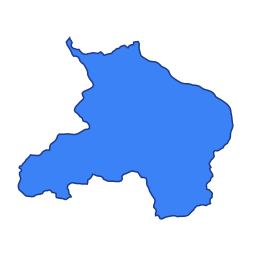 Galiléia, Minas Gerais, Brazil (Albers equal-area conic projection), rotated 186°
{"feature_id": "56859067B11890603892826", "entity_name": "Galiléia", "entity_type": "district", "adm_level": 2, "iso_a3": "BRA", "parent_name": "Brazil", "parent_adm1": "Minas Gerais", "projection": "albers", "projection_center": [-41.52, -18.889], "detail": "fine", "context": "isolated", "style": "filled", "palette": "blue", "viewbox_px": 256, "rotation_deg": 186, "n_neighbors": 0, "source": "geoboundaries", "source_scale": "gbopen_adm2", "svg_char_len": 4330}
<svg xmlns="http://www.w3.org/2000/svg" viewBox="0 0 256 256"><g transform="rotate(186 128 128)"><path d="M212.4,51.9L210.6,52.5L208.5,53.0L206.4,53.8L205.3,56.0L203.6,57.1L201.7,57.2L200.3,58.1L198.2,57.6L196.8,56.0L194.2,55.9L192.6,55.1L192.5,53.0L191.9,51.4L190.0,51.1L187.1,51.0L184.8,50.8L182.6,50.3L180.8,51.5L179.3,53.0L177.3,53.6L178.2,55.1L179.6,56.0L180.2,58.1L180.8,60.3L182.2,62.1L181.8,64.7L180.3,66.2L178.6,67.5L176.8,67.8L174.9,67.5L172.7,67.4L170.0,67.7L167.5,67.5L164.7,67.9L162.7,67.9L162.4,69.7L162.6,72.0L160.2,73.9L159.0,76.1L158.4,78.2L156.2,78.0L154.3,77.3L151.8,77.1L149.5,77.0L148.1,76.1L146.7,74.4L144.9,73.9L143.0,73.2L140.1,73.2L137.4,73.5L135.2,73.5L133.0,73.6L131.0,73.9L129.1,74.9L128.4,76.7L129.0,79.4L127.6,81.3L125.7,82.2L124.0,83.1L121.9,84.4L119.6,85.7L116.8,85.4L114.0,85.1L112.4,83.9L111.0,81.8L109.4,80.2L107.1,80.4L104.8,80.0L104.0,78.0L103.6,75.0L102.9,72.7L101.7,71.3L100.7,69.4L99.9,67.5L98.6,65.7L97.6,64.2L96.4,62.9L95.3,61.4L94.0,60.1L93.5,58.4L93.6,56.3L94.2,54.2L94.1,51.8L91.8,50.0L91.2,47.9L91.7,46.2L91.4,43.7L89.8,44.3L87.9,43.5L86.9,41.5L85.2,41.0L83.5,41.9L81.7,43.1L80.1,43.7L78.0,44.4L75.4,45.2L73.8,45.5L71.9,45.6L69.3,45.0L67.2,45.6L65.6,45.7L63.2,46.1L61.0,46.6L59.0,47.7L57.8,49.0L56.6,50.6L55.5,52.0L54.3,53.2L53.3,55.4L51.3,57.7L49.2,58.2L47.5,59.1L44.6,59.4L42.3,59.0L40.3,60.5L38.0,61.5L38.9,63.9L38.7,66.3L37.2,67.7L37.3,69.9L37.4,72.0L38.9,73.4L40.8,75.0L43.2,75.3L43.9,78.3L44.1,80.5L42.5,82.5L40.6,84.4L40.3,86.8L38.6,88.8L39.1,90.7L40.1,92.2L41.6,94.0L42.6,96.0L41.4,97.5L42.5,99.2L43.6,100.7L43.1,102.4L41.9,104.9L40.4,106.7L39.3,108.7L40.0,111.0L40.4,113.0L39.1,114.7L36.7,114.6L34.7,115.8L32.9,117.3L31.2,118.4L30.6,120.5L29.3,121.8L27.6,123.1L26.8,125.4L25.5,128.1L25.3,129.9L25.4,132.4L25.4,134.8L24.8,136.7L24.2,138.8L23.9,141.1L24.7,144.1L25.2,146.2L25.6,147.9L25.9,149.6L26.6,152.0L27.3,154.3L27.6,155.9L28.4,158.1L29.9,160.1L31.7,161.8L33.1,162.7L35.8,164.3L38.2,165.6L40.2,166.5L42.3,167.3L44.3,168.5L45.4,170.3L47.4,172.1L49.9,173.2L52.4,173.8L54.5,174.1L56.8,174.6L59.1,175.7L61.2,176.9L63.5,177.4L66.0,177.6L67.8,177.4L69.8,177.9L71.4,178.2L73.7,178.2L75.9,178.0L77.8,178.1L80.1,178.5L82.5,179.6L84.5,180.5L86.6,181.7L88.8,182.9L90.6,184.2L91.7,185.6L92.7,187.2L93.6,188.9L94.9,190.0L96.8,191.2L98.7,191.9L101.2,192.8L103.4,194.7L105.2,195.8L107.4,196.6L111.1,196.6L113.9,196.8L115.6,197.6L117.4,198.4L119.0,199.2L120.4,199.9L122.7,201.3L123.7,203.8L124.8,206.8L125.4,208.6L125.5,210.6L125.7,213.1L126.9,215.0L129.4,214.5L131.4,213.9L131.2,211.4L133.4,211.1L135.4,209.9L136.4,207.7L138.4,208.9L140.2,209.9L142.0,209.1L143.9,208.2L145.1,206.3L147.6,205.7L149.2,203.8L151.0,202.4L152.2,200.4L154.4,199.9L156.7,199.0L159.4,197.8L160.9,199.4L163.1,200.9L165.4,199.0L168.1,199.1L171.3,199.1L173.2,198.2L175.3,197.8L177.2,196.9L179.8,196.9L181.6,197.8L183.3,199.1L185.0,201.0L186.9,200.7L188.9,201.2L190.8,201.5L192.9,203.1L193.1,205.3L192.5,207.0L193.6,208.8L194.8,210.0L195.4,211.6L196.9,209.4L198.4,207.0L197.1,204.2L195.4,202.1L194.0,200.2L193.0,198.8L192.0,197.3L191.3,195.6L189.7,193.8L187.6,194.0L185.9,193.8L184.2,192.6L183.2,190.5L182.0,188.9L180.4,187.7L178.5,186.7L177.5,185.3L176.5,183.9L174.9,181.6L174.0,179.4L173.5,176.6L171.8,173.7L170.2,171.8L168.1,169.7L166.8,167.1L167.6,165.0L169.6,163.3L172.0,161.8L174.3,160.5L176.0,159.5L177.2,157.7L176.3,155.3L175.2,153.6L175.7,151.8L177.6,149.8L179.0,148.1L180.2,146.3L181.6,144.6L182.7,142.5L183.1,139.9L181.9,138.3L180.0,137.3L178.4,136.0L177.1,134.4L175.0,133.5L174.1,132.0L173.3,130.3L171.4,129.9L169.4,129.4L168.0,128.2L166.7,126.4L166.3,123.8L168.2,122.4L170.1,122.2L171.9,121.1L174.1,119.4L176.0,118.0L177.4,117.1L179.0,116.3L180.7,115.9L182.7,115.8L185.2,115.9L188.0,115.8L191.1,115.1L193.9,114.9L195.9,114.6L197.2,112.9L197.7,110.6L198.5,108.6L199.4,107.3L201.1,105.7L203.0,103.9L203.7,102.3L203.7,100.2L203.8,97.7L207.0,97.6L209.0,96.4L210.4,95.2L211.5,93.4L213.2,91.5L215.7,91.1L218.0,91.1L220.2,90.9L222.0,91.1L223.5,88.8L224.5,87.4L225.9,86.0L227.0,83.6L228.8,81.4L229.8,79.3L231.6,78.7L232.1,77.0L230.0,75.9L229.4,74.3L231.2,72.3L230.9,69.8L229.8,67.8L229.4,66.0L229.9,64.1L230.5,62.2L231.0,60.5L230.9,57.8L229.8,55.2L227.9,53.9L226.1,52.6L224.1,51.0L222.3,49.7L220.0,49.7L218.2,49.7L216.5,49.6L214.3,50.2L212.4,51.9Z" fill="#3b82f6" stroke="#1e3a8a" stroke-width="1.5"/></g></svg>